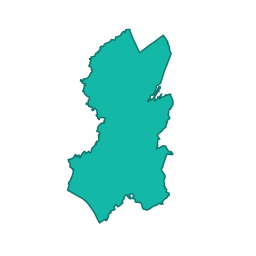 the district of Son Tay, Ha Noi, Vietnam, rotated 198°
{"feature_id": "81297802B79469395018575", "entity_name": "Son Tay", "entity_type": "district", "adm_level": 2, "iso_a3": "VNM", "parent_name": "Vietnam", "parent_adm1": "Ha Noi", "projection": "equal_earth", "projection_center": [105.481, 21.097], "detail": "fine", "context": "isolated", "style": "filled", "palette": "teal", "viewbox_px": 256, "rotation_deg": 198, "n_neighbors": 0, "source": "geoboundaries", "source_scale": "gbopen_adm2", "svg_char_len": 5884}
<svg xmlns="http://www.w3.org/2000/svg" viewBox="0 0 256 256"><g transform="rotate(198 128 128)"><path d="M123.3,227.0L129.9,217.4L132.0,215.0L138.6,205.5L139.1,204.5L140.1,203.3L141.4,204.4L151.3,215.0L156.4,221.3L156.7,222.3L160.0,221.1L160.3,220.8L160.4,220.2L160.2,218.9L160.2,218.5L160.4,218.2L161.7,218.7L162.0,218.6L162.5,217.8L162.7,216.3L163.5,216.0L163.5,214.5L163.7,213.9L165.7,211.6L167.5,211.0L167.6,210.3L167.5,207.5L171.0,207.0L171.5,206.3L171.3,205.4L173.6,202.8L175.4,201.6L175.9,201.1L176.3,200.2L176.5,198.6L177.0,197.7L177.3,197.5L178.4,197.7L179.3,196.5L179.5,195.9L179.4,195.3L178.6,194.9L178.4,194.1L178.6,193.4L179.5,193.0L179.5,192.6L179.3,191.7L179.4,191.3L180.6,190.9L180.2,189.8L181.7,189.1L181.8,186.0L185.0,184.1L185.0,183.6L184.5,183.1L184.4,182.5L184.7,182.2L185.9,182.0L185.6,181.5L184.1,181.7L184.4,179.4L184.0,177.7L184.3,175.6L184.2,174.8L184.0,174.5L182.9,174.8L181.4,173.7L180.6,172.7L180.9,172.1L179.5,170.9L179.5,170.1L180.7,168.5L180.4,167.6L181.2,164.4L182.1,162.8L182.6,162.3L185.6,160.7L185.3,159.9L185.4,159.3L185.7,159.1L186.2,158.9L187.3,159.3L187.8,159.3L187.7,158.0L186.4,157.9L186.2,157.4L185.3,157.5L185.1,156.7L181.9,156.7L181.6,155.7L182.3,155.8L182.8,155.3L182.5,154.2L182.2,152.4L182.4,149.3L182.3,148.8L180.9,148.9L180.3,147.6L179.4,146.9L176.6,145.5L174.8,145.4L174.0,144.5L173.8,144.1L173.8,143.4L174.2,141.3L173.5,139.6L173.7,139.1L173.9,139.0L174.9,139.0L175.2,138.8L175.2,138.1L174.9,137.6L173.9,138.0L173.7,137.8L172.5,137.7L172.3,137.6L172.2,136.7L171.9,136.4L170.8,136.8L169.8,136.4L169.0,136.6L168.2,136.6L167.7,136.2L167.6,135.9L168.0,134.3L167.3,133.9L167.3,134.3L166.5,134.1L166.2,134.4L166.1,134.9L166.3,135.8L165.5,136.4L165.0,136.4L163.3,135.2L162.6,134.2L162.2,132.9L160.9,131.6L161.0,131.1L162.1,130.8L162.1,130.1L160.8,129.4L159.6,128.0L158.4,127.1L158.0,127.3L158.1,128.8L158.0,129.0L155.5,130.2L154.9,130.3L153.7,130.1L152.8,130.3L152.6,129.3L152.3,128.9L152.2,128.3L153.0,127.9L152.9,127.0L152.7,126.4L152.0,126.3L151.8,125.6L152.3,125.2L153.3,125.3L154.1,124.2L154.4,124.1L154.7,124.3L156.2,122.1L156.5,120.9L156.5,120.4L156.8,119.6L156.8,119.1L156.4,118.0L156.7,115.3L153.7,115.2L152.9,113.6L153.2,113.0L153.8,112.6L153.8,111.7L153.7,111.4L153.1,111.3L152.9,111.0L152.9,110.7L153.0,109.6L152.4,109.0L151.8,107.5L152.3,106.6L153.0,105.8L153.0,105.3L153.8,105.4L153.8,104.3L153.2,102.9L153.3,102.4L154.0,102.7L153.9,102.0L154.2,100.8L156.0,97.8L156.0,95.4L155.5,94.2L156.2,93.0L156.6,92.7L157.8,93.3L157.9,93.6L158.3,93.5L158.5,92.8L160.4,90.7L161.0,91.7L161.5,92.1L161.8,92.2L162.6,92.0L162.6,91.4L163.6,89.9L163.8,87.5L164.5,86.8L164.0,85.5L164.5,84.7L166.3,87.1L167.0,86.5L166.6,85.8L167.5,84.7L168.2,85.6L168.7,85.0L169.5,86.5L170.4,85.4L170.4,84.1L170.7,83.0L172.7,80.7L173.7,80.4L173.8,79.8L175.0,79.6L174.0,77.5L173.1,77.4L172.6,77.1L172.2,76.5L171.2,73.0L170.1,72.9L169.2,72.3L167.9,72.3L167.9,71.8L167.6,71.7L167.5,71.1L166.9,71.2L166.4,68.4L166.2,65.4L166.7,61.8L166.3,61.6L167.5,57.7L167.3,56.3L166.3,56.0L166.2,50.2L149.6,46.9L145.6,45.4L143.5,44.3L135.2,38.3L133.7,37.0L128.3,31.3L125.8,29.0L121.6,34.3L121.2,34.3L121.0,33.4L120.7,33.2L120.3,33.2L119.8,33.6L119.3,36.1L119.2,38.0L119.7,38.4L119.5,40.7L118.0,42.3L119.1,43.8L117.1,45.1L116.4,45.2L115.3,46.7L116.6,48.1L116.8,48.5L116.4,49.8L115.7,51.4L113.1,50.0L111.1,52.6L111.0,53.8L110.7,54.2L109.8,54.7L110.6,56.2L110.8,57.5L110.0,58.6L110.0,62.4L109.8,63.3L109.3,63.8L108.7,64.0L108.2,64.0L107.8,63.7L107.7,63.2L105.8,61.9L104.6,61.4L103.7,61.4L103.5,62.4L106.3,64.5L105.6,65.5L104.5,66.7L104.1,66.8L101.5,65.6L101.5,64.9L102.0,62.9L101.9,62.3L99.8,62.6L98.9,62.4L98.5,60.5L98.1,59.9L94.5,60.6L92.7,60.7L91.8,60.0L89.5,56.5L88.8,55.9L88.1,55.7L84.5,55.9L83.7,56.5L81.9,58.5L79.6,61.8L78.9,62.4L78.4,62.4L77.5,63.0L74.5,66.4L74.1,66.4L73.2,65.7L72.7,65.7L71.4,66.6L72.8,68.4L71.9,69.9L71.6,71.0L70.8,72.3L69.9,73.0L69.3,73.9L69.8,75.4L68.2,76.1L68.3,77.4L68.8,78.6L72.1,79.2L72.2,81.4L72.8,81.9L74.1,82.1L74.4,83.5L75.0,83.5L75.7,83.9L76.0,86.1L77.3,88.1L77.6,88.8L77.5,92.8L78.5,94.2L78.7,95.0L79.6,95.3L83.4,98.5L83.5,99.6L82.9,101.1L83.2,105.2L83.1,107.3L83.1,115.0L77.4,116.5L77.6,117.7L78.4,117.8L78.6,117.1L79.9,117.0L79.4,118.6L79.7,118.8L80.1,118.9L80.9,118.3L81.4,118.2L82.0,118.4L84.4,120.1L85.8,121.7L87.2,122.4L88.6,122.1L89.6,121.5L90.0,120.9L93.6,117.7L94.6,117.2L94.9,117.6L94.7,118.7L94.2,120.1L94.4,121.0L95.2,121.5L95.4,123.4L96.0,126.0L94.5,127.4L97.5,129.4L97.9,130.1L97.8,130.9L96.5,133.2L95.1,134.9L94.7,135.9L94.4,137.5L92.3,140.5L92.6,141.6L92.8,143.2L92.3,145.3L93.1,145.8L92.3,148.8L91.2,149.8L91.4,150.4L93.8,153.0L94.1,155.2L94.8,157.2L94.2,159.0L93.3,159.2L93.4,160.8L92.5,163.4L92.5,164.1L93.5,167.2L95.7,170.2L97.4,171.9L97.8,173.2L98.3,173.2L99.2,172.8L101.0,171.2L101.8,171.5L102.3,171.4L102.5,171.1L102.6,170.1L103.5,169.2L104.0,168.4L104.9,168.1L105.9,167.4L106.2,166.4L106.9,165.6L107.2,165.7L107.2,166.0L106.8,166.8L106.9,167.5L106.6,168.9L106.5,170.2L106.5,170.4L107.1,169.9L107.1,168.5L107.8,167.7L108.1,167.0L108.4,166.7L109.2,166.7L109.2,166.3L108.9,165.5L109.7,163.7L110.8,162.3L111.3,162.1L111.7,162.6L111.6,164.3L112.1,166.2L112.2,166.9L111.5,168.9L111.1,171.2L110.8,171.7L109.9,172.3L109.9,172.7L110.5,173.1L110.5,173.5L110.5,174.1L109.7,175.5L109.6,175.9L110.0,177.0L110.5,177.4L110.9,177.3L111.3,176.9L111.6,175.7L112.1,170.7L112.6,168.4L113.3,167.3L112.7,165.3L112.9,164.2L114.5,162.8L114.7,162.3L114.8,161.4L115.0,161.2L116.5,161.0L116.5,159.7L116.7,159.4L117.3,159.3L117.7,159.7L117.8,160.3L117.3,161.6L116.4,162.2L116.2,162.6L116.5,165.5L116.4,166.2L115.8,166.8L114.9,166.8L114.7,167.9L114.2,168.7L113.8,170.0L113.5,171.8L113.8,176.5L113.7,177.1L111.2,180.0L110.9,180.7L111.0,195.9L110.6,199.2L110.0,212.1L112.6,215.0L113.5,217.5L114.0,218.3L115.5,219.8L116.6,220.5L116.2,221.1L117.5,222.8L120.8,225.5L121.3,225.6L123.3,227.0Z" fill="#14b8a6" stroke="#0f766e" stroke-width="1.5"/></g></svg>